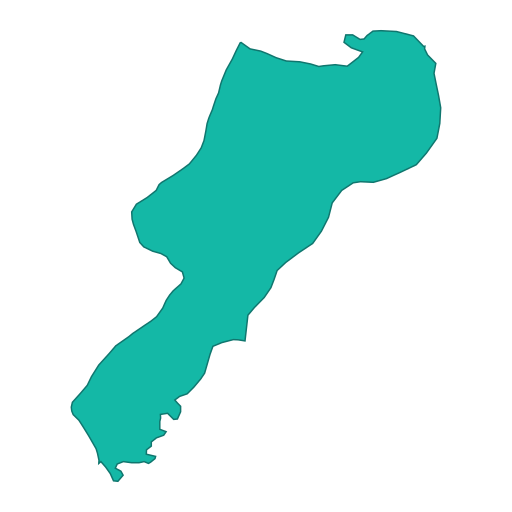 the district of Juarzon, Sinoe, Liberia
{"feature_id": "62588387B89490647958390", "entity_name": "Juarzon", "entity_type": "district", "adm_level": 2, "iso_a3": "LBR", "parent_name": "Liberia", "parent_adm1": "Sinoe", "projection": "orthographic", "projection_center": [-8.921, 5.312], "detail": "fine", "context": "isolated", "style": "filled", "palette": "teal", "viewbox_px": 512, "rotation_deg": 0, "n_neighbors": 0, "source": "geoboundaries", "source_scale": "gbopen_adm2", "svg_char_len": 2280}
<svg xmlns="http://www.w3.org/2000/svg" viewBox="0 0 512 512"><path d="M424.9,46.2L423.7,46.5L413.5,35.9L396.4,31.5L381.0,30.7L373.0,31.1L367.1,35.5L364.0,39.0L360.0,39.4L352.7,34.9L345.8,34.9L344.0,42.3L351.3,47.8L362.6,51.9L358.6,57.4L351.0,63.3L347.2,66.2L335.2,64.7L323.5,65.8L318.8,66.5L310.7,64.0L299.8,61.8L286.3,61.0L276.1,57.7L267.3,53.7L260.7,51.1L250.1,48.9L241.1,42.5L240.2,42.8L236.3,50.5L235.6,52.0L232.3,59.1L226.3,69.8L221.7,81.0L220.5,84.8L218.6,92.9L215.9,98.8L213.3,106.6L212.4,109.6L209.8,115.7L208.8,118.2L207.1,123.6L205.9,130.8L205.4,133.4L204.0,140.6L201.2,147.9L196.5,155.2L189.4,163.9L183.4,168.4L179.8,170.9L173.1,175.5L161.5,182.5L159.1,184.6L156.2,190.4L147.2,197.5L136.4,204.2L131.7,211.9L132.1,219.2L133.5,224.4L136.1,231.4L139.8,242.5L143.8,246.9L152.7,251.2L160.9,253.5L163.6,255.0L166.7,256.7L170.6,263.3L175.3,267.7L182.4,271.9L184.1,278.1L181.0,283.9L173.3,290.7L169.7,295.0L166.2,300.4L164.6,303.9L162.8,308.0L156.6,316.7L150.9,321.2L145.2,325.0L132.7,333.5L128.8,336.7L115.8,345.8L109.5,353.2L98.8,365.0L91.5,376.6L87.3,385.3L80.4,393.4L72.4,402.3L71.3,407.1L71.6,409.8L71.8,411.1L73.2,414.6L78.9,420.2L83.2,426.9L88.7,435.8L96.1,448.7L97.5,453.3L99.0,460.4L98.8,463.4L100.9,461.6L105.7,467.1L110.3,473.6L113.5,480.8L117.9,481.3L123.1,475.2L120.9,471.2L115.3,468.2L117.2,464.0L123.3,461.6L131.5,462.7L139.1,462.7L144.1,461.6L148.5,463.4L150.7,462.1L155.0,458.6L155.6,456.4L146.3,454.2L146.5,449.8L151.3,446.1L151.3,441.9L156.5,437.8L158.8,437.0L163.7,435.2L166.1,431.7L159.8,429.3L159.8,421.4L160.6,418.1L160.4,414.4L167.6,413.3L173.7,419.4L177.4,419.0L180.6,411.8L180.6,406.3L177.4,403.0L174.8,400.0L179.6,396.4L187.2,393.8L193.8,387.2L200.9,378.7L201.8,377.3L204.6,373.2L210.0,354.4L212.9,346.3L221.8,342.6L233.3,339.6L238.1,339.8L245.0,340.9L247.9,315.2L253.9,308.1L254.4,307.5L264.2,297.5L270.9,287.7L274.0,279.6L276.0,273.8L277.1,270.5L285.8,262.4L298.6,252.8L312.7,243.4L321.4,231.2L328.5,217.3L332.2,202.9L341.7,190.4L353.2,182.8L355.9,182.4L360.4,181.7L373.4,182.3L386.5,178.6L393.9,175.2L399.5,172.7L416.3,164.7L425.5,154.1L426.3,153.2L436.9,138.3L438.3,131.2L439.8,123.4L439.9,121.5L440.7,107.8L438.6,95.8L436.0,83.3L434.0,73.3L435.8,63.4L427.6,55.0L424.6,48.9L424.9,46.2Z" fill="#14b8a6" stroke="#0f766e" stroke-width="1.5"/></svg>